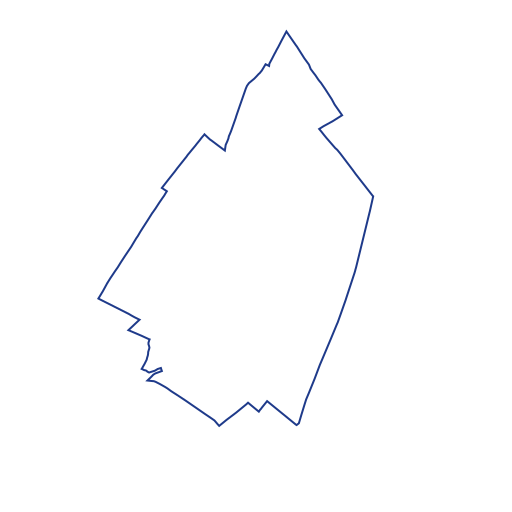 Scanteiesti, Galati, Romania (Albers equal-area conic projection), rotated 232°
{"feature_id": "2599482B67420724035432", "entity_name": "Scanteiesti", "entity_type": "district", "adm_level": 2, "iso_a3": "ROU", "parent_name": "Romania", "parent_adm1": "Galati", "projection": "albers", "projection_center": [27.986, 45.7], "detail": "fine", "context": "isolated", "style": "outline", "palette": "blue", "viewbox_px": 512, "rotation_deg": 232, "n_neighbors": 0, "source": "geoboundaries", "source_scale": "gbopen_adm2", "svg_char_len": 3206}
<svg xmlns="http://www.w3.org/2000/svg" viewBox="0 0 512 512"><g transform="rotate(232 256 256)"><path d="M326.2,122.1L325.5,120.5L323.3,115.4L322.4,113.3L322.0,112.2L320.5,108.3L319.7,106.1L319.5,105.6L317.3,106.6L314.5,107.9L288.4,120.2L285.8,121.2L282.5,122.6L277.5,125.0L277.0,119.4L276.1,109.8L263.6,116.7L256.4,120.4L255.8,120.8L255.4,120.1L254.3,118.5L253.8,117.8L252.6,116.9L251.1,116.4L249.4,115.6L248.5,114.5L248.4,114.3L246.7,111.9L245.5,110.9L244.2,109.5L242.9,107.6L241.6,106.0L239.6,101.8L238.5,99.1L237.6,97.0L237.4,96.4L234.8,97.7L233.8,98.6L233.0,99.0L231.8,99.2L230.0,100.0L229.6,101.1L228.1,105.1L227.9,105.7L227.8,106.2L227.5,108.9L226.3,112.1L224.5,111.4L224.2,111.3L223.3,111.0L223.7,109.7L225.5,104.2L225.7,101.9L225.4,100.1L225.2,98.5L224.7,93.8L224.1,94.4L223.8,94.7L221.2,97.4L220.9,97.7L220.3,98.4L218.7,99.4L214.6,101.3L212.7,102.1L208.6,103.8L206.1,104.7L203.6,105.4L201.8,105.9L198.9,106.9L196.4,107.8L185.7,111.4L172.0,115.7L162.7,118.6L155.6,120.9L154.0,121.4L153.6,121.5L153.0,121.7L152.0,122.0L150.1,122.1L147.5,122.2L144.8,122.4L144.9,127.6L145.0,131.8L144.8,144.0L145.0,152.5L145.1,157.0L145.3,159.4L138.4,160.9L131.6,162.4L132.3,164.5L132.5,165.9L132.9,167.2L134.8,175.4L98.7,183.6L97.8,183.9L97.8,185.2L97.8,186.2L97.8,186.8L103.0,194.1L109.0,202.7L111.2,205.9L112.1,207.2L115.5,213.3L123.1,226.5L130.9,239.3L134.6,246.0L145.1,264.8L145.5,265.5L152.4,277.7L153.3,279.4L153.8,280.2L158.1,287.0L166.1,299.5L167.6,301.7L182.0,323.2L183.5,325.3L183.8,325.6L185.3,327.7L203.1,350.3L220.2,372.0L221.2,373.3L229.0,382.8L230.9,385.1L231.4,385.0L259.2,385.0L264.5,385.2L265.4,385.2L284.9,385.5L288.5,385.4L289.2,385.4L290.7,385.2L292.1,384.9L301.7,384.4L301.9,384.4L305.4,384.2L309.9,384.1L313.4,384.1L317.2,384.0L316.7,389.1L316.0,393.3L315.0,399.5L313.9,410.5L327.0,411.2L332.8,412.2L345.0,413.3L352.7,413.8L354.0,413.7L354.6,413.7L356.7,413.7L359.2,413.9L361.9,414.1L364.3,414.1L365.0,414.1L369.7,414.2L374.0,415.5L375.0,415.6L375.5,415.6L382.0,415.8L384.9,416.1L389.1,416.5L396.0,417.2L397.5,417.2L406.2,417.7L409.5,417.9L414.2,418.2L410.0,408.7L406.9,402.0L405.8,399.3L404.4,396.3L404.1,395.5L401.6,390.1L399.3,384.9L397.7,383.3L401.2,381.6L398.6,374.9L397.8,371.4L397.8,370.3L397.2,366.7L396.8,363.8L396.6,356.9L395.7,353.8L394.3,351.2L386.7,339.4L384.2,335.5L379.2,327.8L378.0,326.0L377.6,325.5L377.2,324.9L371.9,316.6L369.8,313.3L368.1,310.3L367.1,308.4L365.6,306.6L364.1,304.1L362.2,300.5L358.3,296.4L367.0,294.0L374.5,292.0L376.0,291.5L379.0,291.0L383.6,290.3L383.3,289.3L383.1,288.0L382.6,285.6L381.9,283.0L381.3,280.4L380.6,277.3L380.5,277.0L380.4,276.8L380.3,276.3L379.0,270.3L378.1,266.3L377.9,265.2L377.7,264.5L377.5,263.6L377.2,262.9L373.7,248.2L372.6,244.2L370.2,234.2L369.4,231.0L367.6,223.7L361.9,225.6L360.9,222.8L360.1,220.8L359.3,218.1L357.5,212.4L355.7,207.2L355.5,206.6L355.4,206.4L353.8,201.1L353.8,200.9L352.4,197.0L351.0,193.1L347.9,184.2L346.3,179.7L345.9,178.7L344.5,175.2L343.7,172.6L342.1,168.4L340.5,164.3L340.2,163.6L336.8,153.1L335.7,149.9L334.3,145.8L333.2,142.8L332.2,140.1L331.5,137.8L330.8,135.5L329.0,130.1L328.4,128.2L326.6,123.2L326.4,122.8L326.3,122.3L326.2,122.2L326.2,122.1Z" fill="none" stroke="#1e3a8a" stroke-width="2"/></g></svg>